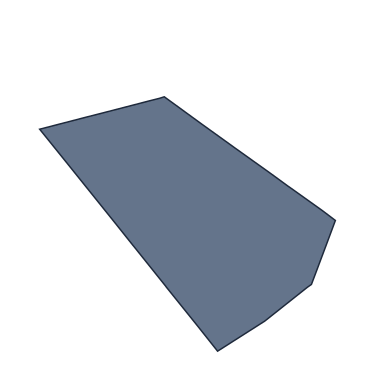 Saku, Eastern, Kenya, rotated 318°
{"feature_id": "3690345B97968692323011", "entity_name": "Saku", "entity_type": "district", "adm_level": 2, "iso_a3": "KEN", "parent_name": "Kenya", "parent_adm1": "Eastern", "projection": "equal_earth", "projection_center": [37.99, 2.373], "detail": "fine", "context": "isolated", "style": "filled", "palette": "slate", "viewbox_px": 384, "rotation_deg": 318, "n_neighbors": 0, "source": "geoboundaries", "source_scale": "gbopen_adm2", "svg_char_len": 585}
<svg xmlns="http://www.w3.org/2000/svg" viewBox="0 0 384 384"><g transform="rotate(318 192 192)"><path d="M262.6,229.7L253.3,187.7L253.0,186.3L244.7,148.1L235.1,102.7L230.5,100.6L219.9,95.0L179.7,74.1L179.3,73.9L163.9,65.8L120.8,43.4L118.6,84.0L114.2,162.3L112.4,192.3L112.4,192.9L109.4,244.7L109.3,245.1L109.2,246.8L106.6,293.6L104.5,327.4L157.8,336.3L159.3,336.6L214.0,340.0L218.9,340.6L228.0,335.9L254.4,322.2L254.8,322.0L263.8,317.3L279.5,309.1L276.6,293.9L276.4,292.9L267.6,253.2L267.4,252.5L267.2,251.6L262.6,229.7Z" fill="#64748b" stroke="#1e293b" stroke-width="1.5"/></g></svg>